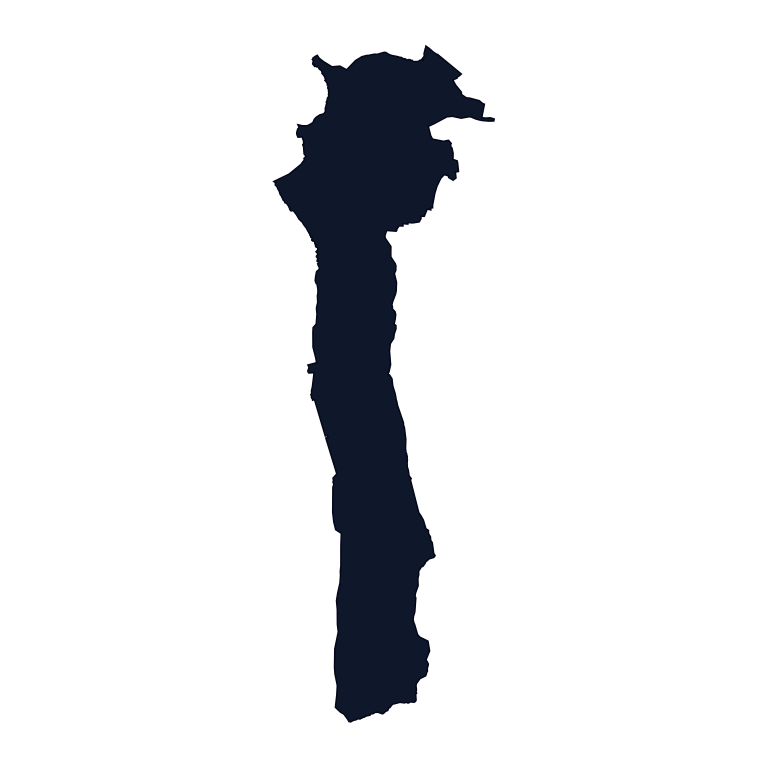 Vistea, Brasov, Romania
{"feature_id": "2599482B58575749850312", "entity_name": "Vistea", "entity_type": "district", "adm_level": 2, "iso_a3": "ROU", "parent_name": "Romania", "parent_adm1": "Brasov", "projection": "mercator", "projection_center": [24.745, 45.724], "detail": "fine", "context": "isolated", "style": "filled", "palette": "ink", "viewbox_px": 768, "rotation_deg": 0, "n_neighbors": 0, "source": "geoboundaries", "source_scale": "gbopen_adm2", "svg_char_len": 6019}
<svg xmlns="http://www.w3.org/2000/svg" viewBox="0 0 768 768"><path d="M349.0,721.6L350.7,721.9L353.1,720.5L356.3,719.7L357.7,718.7L360.1,719.0L361.2,718.2L362.0,718.1L362.7,717.3L363.9,717.3L366.2,716.0L370.0,715.2L370.6,714.0L373.3,713.6L375.2,712.3L378.1,712.3L382.3,713.8L383.4,713.5L385.7,711.3L387.7,710.5L388.4,709.0L388.5,708.2L390.0,707.5L391.6,705.2L393.2,703.9L394.0,703.9L400.0,702.3L402.4,702.7L403.5,702.6L404.2,703.0L406.1,702.3L407.8,703.0L408.7,702.9L410.6,701.8L413.1,702.2L414.6,702.1L415.7,701.0L416.1,700.1L415.7,694.3L416.6,693.2L416.0,691.7L416.4,690.5L416.4,689.0L416.0,685.9L416.3,683.7L420.0,678.6L425.7,675.8L426.8,672.3L427.5,670.9L427.2,668.8L428.2,665.2L428.3,663.9L427.1,661.5L426.1,660.3L426.2,659.4L429.6,651.0L428.0,641.2L419.6,637.0L417.5,634.4L414.5,624.1L414.0,623.3L413.1,619.7L413.5,616.3L414.8,612.1L415.0,609.5L415.8,597.9L415.0,596.0L415.6,592.8L418.1,585.8L417.9,578.3L418.7,574.9L418.7,571.1L421.5,566.7L422.8,566.4L425.0,563.5L425.5,562.1L429.2,558.8L433.9,557.4L435.1,555.6L433.7,553.4L432.3,542.8L430.7,540.3L430.4,536.7L428.7,534.0L428.3,530.9L428.5,530.4L425.9,528.7L423.4,520.2L420.9,515.7L418.8,512.7L410.6,480.6L410.7,479.3L411.2,478.6L409.1,475.8L408.3,470.1L407.4,467.4L407.1,463.6L407.4,459.6L407.1,457.6L407.3,456.3L406.7,454.9L406.7,453.8L406.4,453.6L405.8,451.7L405.8,450.0L405.5,449.1L405.8,439.2L404.4,427.5L403.6,425.3L403.4,422.6L397.5,405.3L396.9,401.9L396.1,399.5L395.9,397.6L395.1,393.5L392.8,386.1L392.0,378.9L389.6,375.0L388.4,374.6L388.2,372.7L388.9,372.2L390.6,364.7L389.5,351.0L390.3,343.7L393.7,338.4L394.2,334.2L396.0,328.7L395.9,325.4L394.1,324.2L395.2,319.1L395.7,314.6L395.0,311.6L392.3,308.8L392.5,307.0L391.9,304.9L392.7,301.5L395.5,294.2L396.2,290.8L396.5,282.3L394.5,273.9L394.5,273.2L395.8,270.4L395.9,265.6L395.2,263.6L390.9,257.0L390.8,253.5L390.9,246.5L385.3,238.3L384.9,235.9L386.6,230.5L396.2,231.2L396.7,230.6L397.0,228.9L399.1,225.9L403.0,226.0L402.9,224.4L403.3,223.7L407.9,224.1L408.1,222.6L412.7,222.9L419.2,221.9L421.0,218.7L420.8,216.3L424.3,216.3L427.2,209.1L430.8,209.9L430.7,208.1L432.6,207.8L432.6,205.1L434.8,193.3L437.0,186.1L440.8,178.3L444.3,174.6L448.6,176.0L448.7,177.5L453.1,180.2L456.0,178.0L455.4,172.1L458.5,171.5L457.7,163.5L457.2,160.9L453.0,159.4L453.1,153.1L451.9,148.0L451.3,148.2L450.6,144.9L451.2,143.4L448.5,140.3L443.5,141.3L432.5,139.1L430.7,135.7L428.3,126.4L434.1,123.7L447.0,116.8L452.4,116.3L461.2,118.2L468.2,116.9L470.6,116.8L475.6,118.9L479.1,119.9L482.6,120.6L488.9,121.1L493.8,121.0L494.2,119.0L490.4,117.8L485.0,118.1L481.8,117.5L484.4,104.2L482.5,103.4L479.3,100.7L469.7,98.1L466.5,97.9L462.6,95.3L461.1,93.9L461.4,93.2L461.4,92.2L455.5,84.9L453.0,80.2L453.0,79.9L457.1,78.1L457.1,77.2L459.1,76.0L461.3,74.0L440.5,56.8L439.9,56.7L439.5,55.9L438.4,55.3L437.8,54.4L436.9,54.4L433.4,52.1L428.8,48.1L425.9,46.1L425.7,47.6L425.3,48.4L424.1,53.4L424.0,54.4L424.4,55.0L424.0,56.5L422.3,58.7L423.1,59.4L423.1,60.0L422.4,60.0L421.8,59.5L421.5,60.0L420.0,60.2L418.9,61.1L417.6,61.5L414.0,61.6L412.6,61.3L411.9,60.9L412.1,60.5L411.2,60.5L410.8,60.0L409.0,59.5L408.4,59.9L406.6,59.8L405.0,58.7L403.2,58.7L401.5,57.5L398.2,57.0L397.9,57.0L398.0,56.7L391.6,55.4L389.1,54.5L385.9,52.5L384.2,52.3L377.3,54.3L374.3,54.2L368.4,55.4L366.9,55.4L361.9,56.7L355.6,60.5L346.6,69.8L339.9,66.1L332.0,66.8L323.5,61.6L319.2,58.2L317.3,55.3L315.2,56.4L313.0,58.0L312.9,58.8L312.3,59.5L313.3,60.7L312.9,62.9L312.7,63.3L312.8,64.2L313.6,65.1L314.4,64.8L314.5,65.3L314.1,65.7L314.7,66.5L315.6,66.2L316.7,66.9L317.4,66.6L317.9,66.8L319.3,69.1L319.9,69.2L320.2,69.8L321.7,70.7L321.7,71.6L322.3,72.0L321.9,73.3L323.7,75.3L325.0,77.6L325.1,78.5L325.6,78.8L325.5,79.7L324.9,80.4L325.7,81.1L326.9,82.9L327.4,83.7L327.2,84.9L328.2,86.1L327.7,87.7L327.9,88.5L328.5,88.8L328.4,90.2L328.7,92.3L328.5,94.8L328.7,95.3L328.6,96.6L327.6,97.7L327.2,99.0L327.2,100.2L326.3,102.0L326.7,103.8L326.2,104.6L325.7,107.5L325.4,107.7L325.5,108.3L325.2,108.8L325.4,110.0L325.2,111.8L324.3,113.2L323.2,114.0L320.0,114.8L316.4,117.1L314.3,119.3L312.9,122.6L309.3,124.8L307.1,125.7L305.2,125.8L302.2,125.7L297.9,124.7L299.1,127.5L297.7,129.0L296.7,132.6L296.9,134.7L298.0,137.2L302.3,136.9L302.8,139.2L303.2,139.5L303.8,143.0L303.5,143.2L303.9,144.0L302.8,144.6L302.9,145.5L303.5,146.1L304.1,154.0L306.0,156.3L303.9,158.5L304.5,159.8L302.1,162.7L301.3,164.1L289.1,174.1L273.8,181.5L275.4,182.7L275.3,185.1L276.9,186.5L277.8,188.8L279.2,191.2L280.2,194.5L281.7,196.5L281.9,197.5L282.5,198.1L283.1,200.1L283.9,200.4L285.1,202.9L286.7,203.3L287.5,204.8L288.3,205.7L289.6,208.6L289.8,209.5L290.5,210.5L291.0,210.9L293.3,210.6L296.6,214.9L299.0,219.1L302.4,222.3L303.6,224.5L306.9,228.9L307.0,229.5L309.5,233.8L309.9,235.0L310.6,236.2L310.8,237.2L311.8,237.4L312.2,238.3L311.8,239.0L311.8,240.3L313.1,241.2L313.9,241.1L314.7,241.8L314.8,243.6L315.0,244.1L316.4,244.6L315.5,245.5L315.5,246.0L316.2,247.2L317.8,247.8L317.7,250.0L316.0,251.7L318.0,254.0L317.8,254.6L316.6,255.7L316.4,256.8L317.4,257.8L317.8,259.2L317.2,260.1L317.0,261.1L318.8,262.0L317.6,263.8L318.0,264.2L318.0,265.0L318.6,266.3L319.3,266.8L319.2,267.7L319.4,268.6L318.4,270.3L317.5,270.6L316.5,271.9L315.6,276.6L315.2,280.8L316.2,283.5L317.1,284.3L317.9,289.4L317.9,293.4L317.4,295.5L317.7,302.6L316.5,307.5L316.6,310.7L317.0,313.8L316.2,324.1L313.1,327.6L312.9,332.6L313.0,347.1L315.7,357.7L316.6,362.7L307.9,365.0L308.7,366.6L309.0,367.8L308.0,370.3L307.9,371.7L308.8,373.0L314.1,372.7L312.4,386.7L311.5,390.7L311.6,393.3L310.8,394.8L311.5,395.6L311.4,397.0L311.8,398.2L312.4,398.9L312.6,400.2L314.5,399.6L325.3,436.1L327.3,435.6L328.0,437.5L325.8,438.0L336.8,473.9L333.0,478.1L333.6,481.1L333.0,481.5L333.3,483.2L333.9,484.5L332.9,487.1L332.7,512.4L333.8,522.0L335.7,529.7L341.3,533.3L340.9,545.9L340.9,565.7L340.3,571.5L340.5,575.7L340.0,582.8L337.7,593.2L336.5,600.7L337.3,609.6L337.4,624.4L338.3,631.8L334.8,648.9L334.5,667.4L335.0,674.0L337.3,685.5L336.8,695.0L335.4,707.3L340.4,712.1L344.0,714.2L347.6,719.2L349.0,721.6Z" fill="#0f172a" stroke="#020617" stroke-width="1.5"/></svg>